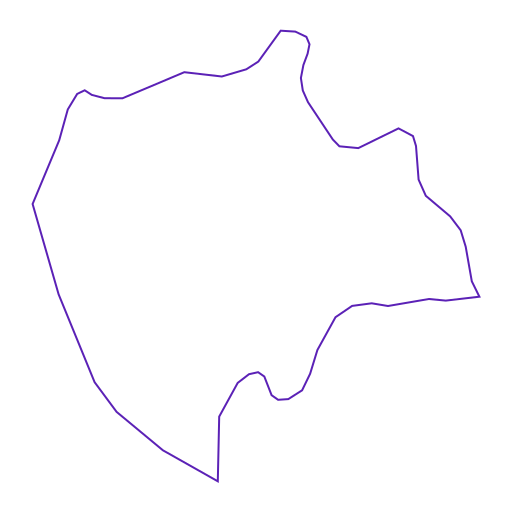 an SVG outline of Hà Nam
{"feature_id": "VNM-467", "entity_name": "Hà Nam", "entity_type": "Province", "adm_level": 1, "iso_a3": "VNM", "parent_name": "Vietnam", "parent_adm1": "", "projection": "orthographic", "projection_center": [106.005, 20.525], "detail": "fine", "context": "isolated", "style": "outline", "palette": "violet", "viewbox_px": 512, "rotation_deg": 0, "n_neighbors": 0, "source": "natural_earth", "source_scale": "10m", "svg_char_len": 786}
<svg xmlns="http://www.w3.org/2000/svg" viewBox="0 0 512 512"><path d="M217.8,481.3L162.9,450.3L116.6,411.9L94.6,382.2L58.6,294.3L32.6,204.0L59.2,140.3L67.8,109.4L77.2,93.9L84.7,90.3L91.8,94.9L104.5,98.2L122.4,98.3L184.3,72.2L221.8,76.5L246.3,69.3L258.3,61.6L280.7,30.7L295.3,31.6L306.4,36.9L309.5,44.3L307.6,53.7L303.4,65.0L300.9,78.0L302.8,90.5L308.0,102.2L332.8,139.5L339.4,146.3L358.3,148.1L398.5,128.4L413.0,136.1L416.0,146.0L418.6,179.6L425.8,195.8L450.2,216.4L460.7,230.3L465.7,246.7L471.8,281.3L479.4,296.7L445.8,300.6L428.9,299.0L388.0,306.0L371.7,303.3L352.1,305.9L335.5,317.2L317.4,350.0L310.1,373.8L302.1,390.3L288.3,399.1L278.1,399.8L271.6,395.2L264.3,376.5L258.1,372.2L249.0,374.2L237.7,382.9L219.2,416.6L217.8,481.3Z" fill="none" stroke="#5b21b6" stroke-width="2"/></svg>